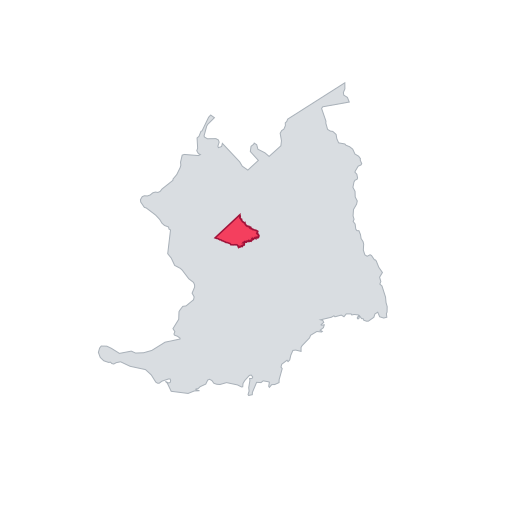 location of Puerto Gaitán, Meta, Colombia, rotated 227°
{"feature_id": "7082276B98813411003149", "entity_name": "Puerto Gaitán", "entity_type": "district", "adm_level": 2, "iso_a3": "COL", "parent_name": "Colombia", "parent_adm1": "Meta", "projection": "albers", "projection_center": [-71.987, 4.086], "detail": "fine", "context": "in_parent", "style": "filled", "palette": "rose", "viewbox_px": 512, "rotation_deg": 227, "n_neighbors": 0, "source": "geoboundaries", "source_scale": "gbopen_adm2", "svg_char_len": 8288}
<svg xmlns="http://www.w3.org/2000/svg" viewBox="0 0 512 512"><g transform="rotate(227 256 256)"><path d="M291.8,85.4L287.0,87.3L277.9,89.7L271.5,99.9L267.2,101.7L261.9,107.8L258.0,115.4L255.0,130.7L247.1,143.8L247.7,144.4L250.9,143.8L253.8,142.4L254.9,142.8L256.0,145.1L259.5,145.7L262.4,156.3L267.8,161.7L268.4,163.8L269.1,168.1L267.2,170.8L266.6,180.5L268.3,182.9L272.4,183.9L275.1,189.9L276.8,191.4L279.3,192.3L285.2,191.3L296.0,192.4L298.6,192.2L304.6,190.1L312.3,192.6L317.9,193.0L333.4,211.3L334.9,210.7L336.9,211.8L340.8,209.9L344.1,209.6L348.5,210.5L354.3,210.5L366.0,208.5L367.7,207.5L374.1,208.5L376.0,209.9L377.0,213.3L376.2,215.4L374.0,217.5L372.8,220.2L372.6,223.6L371.4,226.0L369.4,227.6L368.6,229.9L369.1,233.0L368.0,246.8L368.9,247.9L369.6,253.6L372.4,260.9L373.7,263.0L376.0,264.7L380.1,270.8L379.2,272.8L368.7,282.4L368.1,284.5L370.2,283.7L373.4,284.5L374.6,286.8L382.5,293.4L382.4,295.9L384.7,300.8L384.3,301.9L389.8,316.0L390.0,319.0L385.5,319.9L385.2,310.4L384.6,308.5L379.4,300.1L378.3,299.4L374.9,300.4L369.2,306.7L366.6,307.6L364.4,306.7L362.3,303.0L360.9,302.4L359.5,305.5L361.3,308.2L336.0,308.3L331.1,307.2L324.4,308.6L324.3,322.9L336.3,323.1L339.6,327.2L339.3,330.5L339.8,331.7L336.9,332.4L332.8,330.2L325.4,332.9L319.9,333.5L319.6,349.3L322.9,353.2L329.3,357.4L330.2,360.3L329.8,363.0L331.3,366.4L333.4,368.2L333.4,370.2L334.5,372.5L322.1,439.1L317.6,435.0L316.0,431.4L313.8,429.9L309.6,431.0L305.0,429.2L319.6,406.6L319.2,404.6L306.9,399.1L305.6,397.7L299.8,394.7L296.6,395.6L294.8,397.1L290.3,397.5L286.7,395.1L282.4,393.6L277.3,397.4L275.7,397.3L272.1,399.0L268.2,399.6L263.1,397.9L259.0,399.1L256.1,398.8L255.0,397.6L251.4,396.3L251.0,394.8L252.0,392.0L250.4,386.5L249.8,385.5L247.0,385.5L243.8,383.5L243.2,382.3L243.9,380.0L243.3,378.1L240.1,373.7L235.7,372.5L231.5,368.8L227.2,367.6L225.3,364.9L223.5,359.0L219.1,354.3L216.0,352.8L215.0,350.6L211.8,350.3L207.6,347.3L205.7,347.1L204.3,348.5L200.4,347.0L197.0,344.7L193.5,344.1L191.2,342.8L187.1,338.5L182.6,336.4L180.0,337.1L179.1,340.3L177.6,340.8L172.5,340.0L171.6,340.7L170.2,340.5L164.0,338.1L157.7,337.2L156.2,331.9L152.2,329.9L151.0,327.4L148.2,327.7L137.6,322.7L133.2,319.3L129.5,317.4L125.6,313.6L125.0,312.1L122.0,309.9L123.5,307.1L127.2,305.0L131.9,306.7L132.5,303.4L130.8,300.4L131.7,293.8L133.0,292.3L135.6,291.0L137.2,291.6L138.2,290.5L142.1,291.0L143.3,290.5L146.3,287.9L147.6,285.8L148.9,286.0L152.1,282.5L151.6,278.9L154.6,278.1L157.7,272.3L159.1,272.2L159.8,269.4L165.3,259.7L163.3,260.9L161.2,260.2L161.5,256.9L160.9,256.5L159.1,259.0L157.6,256.4L158.0,252.3L155.6,253.1L155.7,252.1L159.3,249.0L160.8,241.9L159.6,239.3L159.0,228.6L158.4,226.6L155.5,223.9L160.1,220.9L161.8,218.6L159.7,213.8L157.0,209.8L156.9,207.4L158.6,207.6L159.3,201.0L157.7,198.5L155.8,198.4L149.8,188.6L147.7,186.5L149.3,181.9L151.2,179.8L150.8,176.2L152.0,176.4L154.6,179.7L155.7,179.2L159.8,176.1L160.0,173.3L163.2,170.3L158.7,160.3L157.1,158.7L159.0,155.5L160.1,155.7L161.9,158.8L164.7,160.9L169.0,166.5L170.8,167.8L169.5,169.0L169.2,170.3L169.8,171.1L172.2,171.3L173.2,169.7L172.6,162.9L171.6,159.5L169.4,157.1L170.1,156.1L174.4,154.5L183.5,148.1L186.6,142.0L189.0,139.8L191.6,138.4L194.9,138.8L197.5,138.0L198.2,136.1L196.6,131.9L198.5,126.1L198.5,123.2L199.7,121.5L199.3,120.8L196.0,122.8L199.4,118.8L201.8,112.6L214.9,101.7L223.4,104.4L226.1,104.2L222.6,105.6L222.1,107.2L223.3,108.8L224.6,109.3L225.7,108.2L228.6,101.9L229.0,98.4L230.2,97.2L232.1,96.7L240.4,98.3L248.3,97.7L261.2,88.7L271.0,84.8L273.3,81.1L274.0,78.3L275.7,77.2L277.6,77.2L278.7,75.6L283.2,73.2L288.0,72.9L293.0,75.0L295.3,78.8L295.7,81.4L291.8,85.4ZM142.3,289.8L141.7,290.3L140.5,289.4L140.1,288.3L140.8,287.5L141.7,287.8L142.3,289.8Z" fill="#d9dde1" stroke="#a8b0b8" stroke-width="1"/><path d="M270.5,263.6L270.6,264.0L270.5,263.9L270.4,264.0L270.5,264.2L270.4,264.3L270.4,264.6L270.5,264.6L270.8,264.7L270.5,264.8L270.7,265.0L270.3,264.9L270.3,265.2L270.2,265.3L270.4,265.4L270.4,265.7L270.2,265.8L270.2,266.1L270.5,266.1L270.4,266.3L270.1,266.2L270.1,266.3L270.2,266.5L270.2,266.8L270.1,266.7L270.0,266.8L269.9,266.7L269.6,267.0L269.8,267.0L269.7,267.2L269.9,267.3L269.8,267.5L269.4,267.4L269.3,267.6L268.8,267.8L269.1,268.0L269.2,268.3L269.2,268.5L269.3,268.6L269.2,268.8L269.3,268.9L269.1,268.9L269.0,269.2L268.9,268.9L268.7,269.1L268.4,269.3L268.7,269.5L268.7,269.8L268.6,270.2L268.3,270.2L268.4,270.4L268.2,270.4L268.0,270.5L268.1,270.8L268.2,271.1L268.5,271.2L268.4,271.3L268.7,271.5L268.7,271.8L268.9,271.8L269.1,272.1L269.5,272.1L269.8,272.1L270.0,272.1L269.9,272.3L270.0,272.3L270.2,272.1L270.5,272.2L270.8,272.1L270.7,272.2L271.0,272.1L271.1,272.3L271.2,272.1L271.3,272.2L271.6,272.2L271.7,272.3L271.9,272.2L271.9,272.4L272.1,272.4L272.1,272.5L272.3,272.6L272.4,272.8L272.4,273.0L272.5,273.3L272.5,273.5L272.6,274.0L272.8,274.2L273.0,274.2L273.3,274.0L273.6,274.0L273.9,273.7L274.0,273.7L274.3,273.6L274.5,273.5L274.7,273.4L274.8,273.3L275.1,273.5L275.5,273.0L275.9,272.7L276.1,272.6L276.6,272.4L277.0,272.3L277.1,272.2L277.3,272.1L277.3,271.9L277.7,272.0L277.8,271.9L277.8,271.7L278.1,271.7L278.3,271.5L278.5,271.6L278.8,271.6L278.9,271.4L279.2,271.4L279.3,271.2L279.5,271.4L279.8,271.4L280.1,271.4L280.1,271.2L280.1,271.3L280.3,271.2L280.3,271.3L280.4,271.1L280.5,271.2L280.5,271.4L280.6,271.5L280.8,271.7L281.0,271.5L281.4,271.4L281.7,271.0L281.9,271.0L281.8,270.8L282.1,270.9L282.3,271.0L282.4,270.8L282.6,270.8L282.6,270.7L282.8,270.7L283.1,270.3L283.3,270.4L283.5,270.4L283.7,269.9L283.9,270.0L284.0,269.9L284.3,269.9L284.4,269.6L284.6,269.5L285.0,269.6L285.2,269.8L285.4,269.7L285.5,269.8L285.8,269.6L286.1,269.6L286.4,269.7L286.6,270.0L286.8,270.0L287.2,270.1L287.3,270.2L287.4,270.3L287.6,270.2L287.7,270.3L287.7,270.2L287.9,270.3L287.9,270.2L288.2,270.1L288.3,270.0L288.6,270.0L288.8,270.0L288.8,269.8L289.1,269.7L289.3,269.7L289.6,269.7L289.8,269.6L290.0,269.7L290.1,269.8L290.4,269.6L290.6,269.7L290.9,269.6L291.1,269.7L291.3,269.6L291.6,269.7L291.5,269.8L291.8,269.7L292.0,269.7L292.0,270.1L292.3,270.3L292.5,270.4L292.7,270.5L292.8,270.4L292.9,270.5L293.1,270.3L293.1,270.2L293.3,270.1L293.5,270.0L293.8,270.1L294.0,269.9L293.9,270.1L294.1,270.2L294.3,270.1L294.5,270.2L294.8,270.1L294.7,270.2L294.9,270.2L295.0,270.4L295.0,270.5L295.4,270.6L295.3,270.9L295.3,271.1L295.6,271.2L295.6,271.3L295.7,271.5L295.8,271.5L296.1,271.8L296.4,271.6L296.5,271.6L296.4,271.7L296.5,271.8L296.8,271.7L296.8,271.8L296.9,272.0L297.0,272.2L297.2,272.4L297.2,238.4L296.6,238.7L296.4,238.9L295.6,239.2L295.2,239.6L294.3,240.2L293.7,240.2L292.9,240.6L292.6,240.5L291.8,241.3L291.7,241.3L291.3,241.5L290.6,241.6L290.3,241.5L289.5,242.2L287.7,242.8L287.4,243.1L286.5,243.2L286.2,243.3L285.8,244.0L285.3,244.1L284.7,244.6L284.3,244.7L282.8,245.5L282.4,245.5L282.1,245.4L281.8,245.4L281.6,245.3L281.2,245.3L280.8,246.0L280.2,246.4L279.8,247.0L279.4,247.2L279.2,247.4L279.0,247.9L278.7,248.2L278.4,248.3L278.3,248.6L277.9,248.9L277.9,249.1L277.6,249.2L277.5,249.5L277.2,249.7L277.0,249.8L276.4,249.7L275.7,249.9L275.1,249.3L274.7,249.5L274.7,249.4L274.5,249.5L274.3,249.4L274.3,249.5L274.2,249.5L274.1,249.8L274.0,249.7L274.0,249.9L273.7,250.1L273.8,250.2L273.5,250.4L273.6,250.6L273.4,250.6L273.4,250.9L273.4,251.0L273.4,251.3L273.2,251.5L273.3,251.5L273.2,251.6L273.3,251.8L273.2,251.9L273.2,252.0L273.3,252.1L273.1,252.4L273.2,252.5L272.9,253.0L273.0,253.0L272.9,253.0L273.0,253.1L272.9,253.2L272.8,253.3L273.0,253.4L272.9,253.6L272.8,254.1L272.7,254.1L272.5,254.5L272.4,254.6L272.2,254.6L272.0,254.9L272.2,255.2L272.5,255.3L272.6,255.5L273.2,255.9L273.4,256.0L273.6,256.1L273.8,255.9L274.3,255.7L274.5,255.5L274.5,255.9L274.6,256.0L274.3,256.3L274.2,256.7L274.3,257.0L273.6,256.8L273.4,256.9L273.4,257.1L273.7,257.1L273.8,257.2L273.9,257.4L273.9,257.6L273.8,257.9L273.2,257.8L273.0,258.0L273.5,258.1L273.1,258.4L273.0,258.7L273.3,259.1L273.1,259.2L272.7,259.1L272.5,259.5L272.7,259.9L272.7,260.0L272.4,260.1L272.3,260.4L272.3,260.8L272.1,260.8L272.2,260.4L271.9,260.5L271.7,260.4L271.1,260.5L271.6,260.6L271.8,260.7L271.8,260.9L271.6,261.0L271.8,261.2L271.4,261.2L271.1,261.2L271.1,261.4L271.2,261.7L270.8,261.8L270.7,262.0L270.9,262.2L270.5,262.3L270.5,262.5L271.0,262.8L270.9,262.9L270.5,263.0L270.8,263.0L270.7,263.2L270.8,263.4L270.7,263.5L270.4,263.4L270.5,263.6Z" fill="#f43f5e" stroke="#9f1239" stroke-width="1.5"/></g></svg>